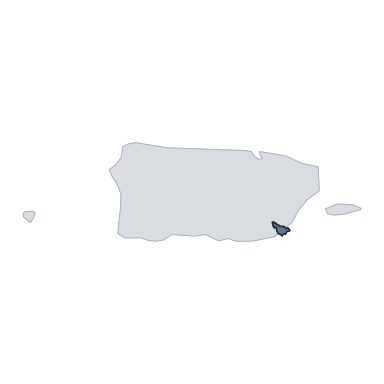 Maunabo, Puerto Rico shown in context
{"feature_id": "32010507B22166841242195", "entity_name": "Maunabo", "entity_type": "district", "adm_level": 2, "iso_a3": "PRI", "parent_name": "Puerto Rico", "parent_adm1": "", "projection": "equal_earth", "projection_center": [-65.926, 18.02], "detail": "fine", "context": "in_parent", "style": "filled", "palette": "slate", "viewbox_px": 384, "rotation_deg": 0, "n_neighbors": 0, "source": "geoboundaries", "source_scale": "gbopen_adm2", "svg_char_len": 2649}
<svg xmlns="http://www.w3.org/2000/svg" viewBox="0 0 384 384"><path d="M254.3,155.9L258.2,159.3L262.1,158.8L259.0,151.8L261.8,151.8L286.3,156.1L302.0,163.3L318.2,166.8L319.3,190.7L306.8,200.2L298.6,210.2L292.0,222.5L274.5,236.7L253.4,241.0L239.4,241.4L234.2,240.9L229.1,238.5L218.5,240.8L205.4,234.5L194.2,236.1L172.0,234.6L163.6,240.0L155.6,241.3L147.8,240.3L141.1,237.8L124.6,238.0L117.7,233.3L120.6,206.1L120.9,193.8L116.9,183.6L112.4,177.2L109.2,169.7L115.7,164.7L121.1,157.5L122.8,146.6L128.6,143.9L135.4,142.6L166.9,147.7L246.7,150.6L251.2,151.5L254.3,155.9ZM344.2,214.2L334.2,215.2L327.7,213.8L325.5,208.7L337.6,203.9L351.8,204.6L360.0,207.5L361.0,209.4L344.2,214.2ZM31.3,222.0L30.1,222.2L28.9,222.0L28.3,221.5L27.5,220.0L23.9,217.4L23.0,215.0L23.9,212.5L25.4,211.5L32.8,211.2L33.5,211.5L35.0,213.2L35.0,214.4L34.3,215.6L33.0,218.6L32.4,219.4L32.0,220.2L31.8,221.5L31.3,222.0Z" fill="#d9dde1" stroke="#a8b0b8" stroke-width="1"/><path d="M272.3,222.2L272.2,222.5L272.3,222.9L272.5,223.2L272.7,223.6L272.6,224.0L272.6,224.5L273.1,225.2L273.1,225.4L273.3,225.4L273.3,225.6L273.2,225.9L273.2,226.2L273.1,226.3L273.6,226.8L273.9,226.7L274.1,227.8L274.4,228.1L274.9,227.9L275.2,227.5L275.4,227.3L275.9,227.5L276.0,227.7L276.8,228.2L276.8,228.9L276.8,229.0L276.6,229.2L276.5,229.4L276.5,230.0L276.7,230.5L276.8,231.2L276.9,231.3L277.0,231.2L277.3,231.5L277.4,232.0L277.7,232.7L277.9,232.8L277.9,233.2L278.1,233.4L278.1,233.6L278.7,233.7L279.2,234.0L279.5,234.2L279.9,234.2L280.2,234.7L280.7,234.7L281.0,234.9L281.3,234.8L281.6,234.9L281.8,235.8L282.0,236.0L282.6,235.3L283.4,234.4L284.0,234.0L284.3,233.8L284.8,233.7L285.0,233.9L285.1,234.0L285.4,234.3L285.9,233.7L286.3,232.8L286.7,232.0L286.7,231.9L287.1,231.5L287.5,231.2L288.1,231.1L288.5,231.3L289.0,231.4L289.4,231.2L289.7,230.7L289.9,230.4L289.5,229.8L289.0,229.4L289.1,229.1L288.8,228.7L288.4,228.5L288.1,227.9L287.8,227.9L287.7,227.8L287.3,228.0L287.0,228.3L286.8,228.3L286.7,228.5L286.3,228.8L286.1,228.8L286.0,228.7L285.9,228.4L285.8,228.2L285.4,227.6L285.1,227.1L284.8,227.0L284.6,227.0L284.5,226.8L284.2,226.8L284.0,226.5L283.8,226.5L283.6,226.8L283.3,226.5L283.0,226.4L282.8,226.2L282.6,226.1L282.1,226.4L282.0,226.6L281.6,226.4L281.3,226.4L280.8,226.4L280.6,226.2L280.4,226.0L280.0,226.1L279.8,226.0L279.3,226.0L279.2,225.9L279.1,225.3L278.8,225.3L278.3,225.3L278.2,225.0L277.9,224.8L277.4,224.5L277.1,224.4L276.9,224.6L276.8,224.2L276.5,224.1L276.1,223.3L275.7,223.0L275.4,222.9L275.3,223.0L274.7,223.2L274.3,223.2L274.1,223.0L274.2,222.6L273.9,222.4L273.7,222.3L273.6,221.8L273.3,221.8L272.9,222.2L272.6,222.1L272.3,222.2Z" fill="#64748b" stroke="#1e293b" stroke-width="1.5"/></svg>